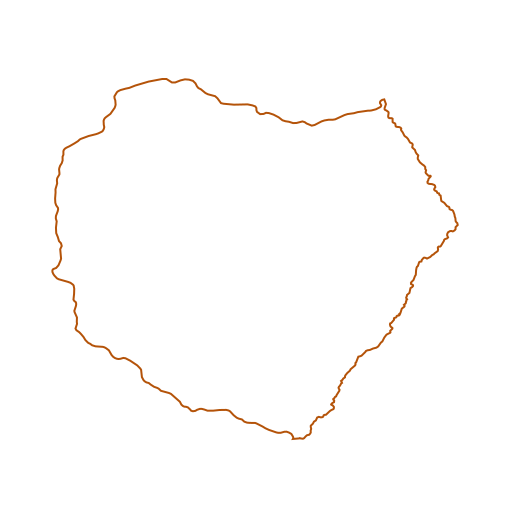 Los Santos, Santander, Colombia, rotated 83°
{"feature_id": "7082276B92176503195473", "entity_name": "Los Santos", "entity_type": "district", "adm_level": 2, "iso_a3": "COL", "parent_name": "Colombia", "parent_adm1": "Santander", "projection": "natural_earth1", "projection_center": [-73.071, 6.818], "detail": "fine", "context": "isolated", "style": "outline", "palette": "amber", "viewbox_px": 512, "rotation_deg": 83, "n_neighbors": 0, "source": "geoboundaries", "source_scale": "gbopen_adm2", "svg_char_len": 6023}
<svg xmlns="http://www.w3.org/2000/svg" viewBox="0 0 512 512"><g transform="rotate(83 256 256)"><path d="M442.1,241.7L442.3,235.4L442.1,234.8L442.3,234.7L443.1,231.7L442.7,230.5L441.1,228.7L440.1,227.2L439.9,225.0L438.7,223.7L437.6,223.1L436.2,223.1L434.3,222.3L432.3,222.5L431.1,222.3L429.4,220.0L427.5,218.7L426.5,216.6L423.8,215.0L423.3,213.3L424.1,211.2L424.0,209.5L423.6,208.9L422.3,208.2L422.0,207.1L422.1,205.9L418.9,201.6L418.1,200.0L417.4,197.8L416.4,197.2L415.2,197.1L413.7,198.0L412.8,199.4L412.4,199.5L411.2,198.1L410.6,196.4L409.1,196.0L408.5,196.2L407.9,196.8L407.4,196.8L406.6,195.6L405.5,194.7L405.1,193.6L403.8,192.9L399.9,189.7L398.9,189.4L397.7,190.0L396.7,190.1L395.9,189.6L394.9,188.4L392.6,186.8L392.4,186.1L391.4,186.3L390.4,186.8L389.3,185.1L388.3,184.4L387.3,182.5L386.1,182.3L385.2,181.7L383.2,179.6L381.3,176.8L379.9,175.9L376.7,171.0L376.0,170.5L375.5,170.6L374.1,170.2L373.8,169.6L368.4,166.7L368.2,164.9L367.8,163.4L364.5,159.1L363.7,158.5L363.2,156.9L363.1,154.3L362.1,151.1L361.7,147.9L361.1,146.5L360.6,145.7L357.2,142.6L356.2,141.0L352.6,138.6L350.2,136.3L349.8,135.7L348.5,132.1L348.0,131.8L346.8,132.0L346.5,131.8L344.9,129.6L344.5,129.4L344.0,129.4L342.6,130.9L341.9,131.2L340.4,131.4L339.3,131.1L339.0,129.9L336.0,126.7L334.8,126.7L334.4,126.4L334.1,124.6L333.6,124.0L332.8,123.7L332.5,123.1L332.5,121.5L331.9,120.6L331.2,120.2L330.9,120.7L330.0,119.5L326.0,117.7L324.4,115.0L324.0,114.7L323.4,114.6L322.5,115.1L321.3,113.3L320.7,112.9L319.7,112.8L318.9,112.2L318.1,112.2L317.4,111.3L316.1,112.0L315.5,112.0L314.3,111.2L313.1,110.9L311.3,108.2L306.7,106.6L305.8,104.7L304.9,103.8L304.2,103.7L303.7,104.0L302.8,105.5L301.6,105.5L300.8,104.9L299.0,102.6L295.4,100.7L294.2,99.7L289.5,98.8L287.3,98.1L286.4,97.6L285.6,96.5L282.0,94.8L281.7,94.3L281.6,92.5L280.1,91.9L278.3,89.9L278.1,89.3L278.6,87.7L279.4,86.6L278.2,83.2L276.4,80.8L276.1,79.6L275.1,78.4L273.3,75.1L271.9,74.5L269.8,74.5L269.2,74.1L268.9,73.5L269.1,72.2L268.7,71.4L264.0,67.7L262.8,67.2L262.3,66.4L261.8,64.2L261.0,63.1L258.6,63.8L257.2,63.4L255.8,62.4L254.9,60.3L255.0,58.8L255.5,58.0L255.5,57.4L254.8,55.8L253.8,54.7L251.7,54.4L249.8,52.0L247.9,52.2L246.8,53.1L245.7,53.6L242.7,53.5L241.1,53.9L238.9,54.0L235.3,54.9L234.4,55.6L233.6,57.5L232.9,58.2L231.4,58.2L230.8,58.5L229.7,60.4L226.2,62.6L224.1,65.2L223.6,65.4L218.5,65.4L217.6,66.6L216.2,66.7L215.7,68.0L215.2,68.5L214.0,68.7L212.8,70.5L211.9,71.1L210.9,70.8L209.5,69.6L208.0,69.8L207.2,70.4L206.1,72.5L205.5,75.4L205.1,76.1L204.4,76.8L203.2,76.8L202.0,75.9L200.4,75.3L198.7,73.3L198.3,72.9L197.9,72.9L197.5,73.4L197.6,74.6L197.0,75.4L194.5,77.3L193.6,77.5L191.6,76.7L190.3,77.4L188.3,77.2L186.7,78.2L185.4,79.7L183.0,81.9L179.4,83.6L178.2,83.5L175.9,82.7L173.9,84.2L172.2,84.9L170.1,85.3L167.4,87.6L167.0,87.7L164.8,86.9L164.0,87.0L163.3,87.4L162.1,89.3L158.3,90.9L156.6,92.1L155.6,93.3L154.6,94.1L151.2,95.3L149.1,96.5L148.5,96.7L147.2,96.3L146.3,96.8L145.5,98.1L145.0,100.5L144.4,101.5L141.5,101.7L140.1,103.8L139.6,104.1L136.4,103.7L135.8,104.4L135.4,106.9L134.7,107.7L133.3,107.8L130.1,106.9L129.1,107.1L127.6,108.7L126.5,110.3L125.9,110.5L124.8,110.3L121.1,108.5L116.2,109.6L116.4,111.7L117.3,113.4L118.4,114.2L119.4,114.3L121.6,113.3L122.8,113.8L123.4,114.7L125.0,119.1L125.6,123.7L125.6,125.2L125.4,127.0L125.6,137.6L126.2,141.4L126.3,147.9L126.9,151.0L130.0,160.7L130.1,163.0L129.6,167.4L129.8,171.6L130.4,174.6L133.1,181.8L133.4,184.8L130.6,189.7L129.1,191.3L128.1,193.5L128.9,199.5L128.6,203.0L126.8,206.9L125.8,210.4L124.5,213.2L121.1,216.6L117.8,221.4L115.7,225.8L115.1,228.6L115.9,231.1L115.7,234.6L113.1,237.4L111.4,237.8L109.2,237.6L107.5,238.4L106.1,241.1L104.5,245.8L103.1,259.5L100.9,269.7L100.0,272.1L94.7,275.1L92.4,277.1L89.6,284.0L88.1,286.3L83.8,290.4L82.3,292.7L80.4,293.9L77.3,295.0L74.5,297.2L72.8,301.0L72.0,305.0L72.5,309.5L73.9,315.0L73.5,318.3L69.4,323.3L68.9,327.7L69.8,341.3L72.1,355.1L73.7,361.3L74.0,364.9L74.8,370.4L75.7,372.9L76.5,374.1L80.3,377.1L82.1,377.2L84.4,376.7L88.8,376.9L90.3,377.5L91.8,378.3L97.2,383.2L99.9,388.0L100.9,389.4L102.0,390.2L103.3,390.8L107.2,391.1L109.6,390.9L111.4,391.6L113.0,392.7L113.8,393.8L115.1,397.7L115.6,400.1L116.5,407.5L118.4,415.5L118.9,416.8L120.3,418.7L122.1,422.5L124.3,427.7L125.4,431.0L126.2,432.6L127.3,433.8L128.5,434.4L132.0,434.8L133.9,435.9L137.6,436.3L140.2,437.5L142.5,439.4L144.7,440.5L146.0,440.9L149.9,441.0L151.1,441.2L154.2,443.6L155.3,444.1L156.7,444.4L159.7,444.5L165.3,446.9L168.5,447.2L174.5,448.4L178.7,448.7L181.2,448.2L184.1,446.7L185.5,446.7L187.5,447.4L191.7,449.6L192.9,449.9L194.5,450.1L197.3,449.6L203.5,451.1L207.6,451.4L209.0,451.5L213.0,450.4L217.2,449.7L219.6,448.0L222.4,447.6L225.4,449.5L234.9,449.8L236.7,450.6L241.2,453.2L243.5,455.8L244.3,458.9L245.3,459.8L247.0,460.0L249.1,459.4L250.7,458.6L253.9,456.3L255.0,454.7L258.8,445.7L260.0,443.4L262.2,441.1L263.1,440.6L266.4,440.4L271.5,441.2L277.1,442.5L278.7,441.7L279.7,440.6L280.8,440.3L282.2,440.4L283.6,440.8L288.3,443.0L289.6,442.9L295.2,441.2L299.6,441.9L301.5,441.9L306.0,444.0L307.8,443.3L310.1,440.7L312.1,439.2L315.3,437.1L318.6,435.6L320.7,434.0L321.8,433.1L323.0,431.2L324.6,429.6L326.1,426.3L327.5,419.1L328.2,417.5L329.3,416.0L331.7,413.5L336.7,411.4L338.7,410.0L340.1,408.4L341.0,406.7L341.5,405.0L341.5,403.1L341.0,400.1L341.6,398.0L344.6,393.6L350.1,387.2L353.7,384.5L355.0,383.9L362.3,384.0L365.4,382.8L366.7,381.9L368.1,380.2L369.0,377.9L370.7,376.3L373.4,373.1L375.0,369.9L376.0,368.6L378.2,366.8L381.4,359.0L382.5,357.2L391.4,349.3L394.4,348.2L396.0,346.8L396.8,345.5L397.1,343.9L397.9,342.1L400.3,340.1L401.7,339.2L402.4,337.5L402.3,335.0L401.5,333.3L400.9,330.4L401.1,328.5L402.1,326.0L403.6,323.0L404.3,317.4L404.4,311.0L405.1,304.4L406.0,302.0L407.0,300.7L411.3,297.6L414.1,294.9L415.3,293.0L416.5,289.9L419.0,287.8L420.3,285.2L420.9,282.4L421.6,277.2L422.2,276.0L426.1,270.2L428.1,267.7L430.2,264.3L433.6,257.3L434.2,255.5L434.5,253.1L433.9,249.2L434.1,247.1L435.2,244.9L436.9,242.6L439.8,241.3L441.2,241.1L442.1,241.7Z" fill="none" stroke="#b45309" stroke-width="2"/></g></svg>